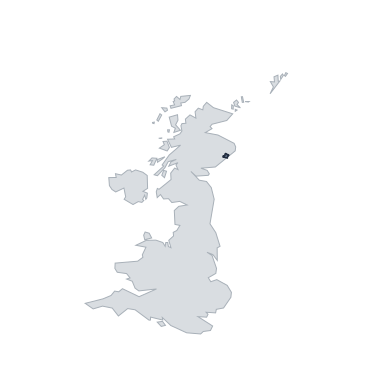 United Kingdom, with Aberdeen highlighted, rotated 26°
{"feature_id": "GBR-2012", "entity_name": "Aberdeen", "entity_type": "Unitary District (city)", "adm_level": 1, "iso_a3": "GBR", "parent_name": "United Kingdom", "parent_adm1": "", "projection": "albers", "projection_center": [-2.195, 57.162], "detail": "fine", "context": "in_parent", "style": "filled", "palette": "slate", "viewbox_px": 384, "rotation_deg": 26, "n_neighbors": 0, "source": "natural_earth", "source_scale": "10m", "svg_char_len": 4363}
<svg xmlns="http://www.w3.org/2000/svg" viewBox="0 0 384 384"><g transform="rotate(26 192 192)"><path d="M202.6,294.7L187.6,304.2L183.0,303.4L177.4,298.4L171.4,298.9L174.0,296.4L169.0,294.0L160.0,296.9L156.2,294.5L154.1,289.6L173.5,278.0L176.5,272.2L174.9,270.3L174.8,261.8L164.9,264.5L172.2,255.4L180.7,251.1L187.9,250.2L191.7,252.6L190.6,248.9L192.3,248.0L194.7,251.4L197.5,251.3L192.3,245.6L194.7,239.6L192.8,236.5L195.2,233.3L195.8,227.3L190.9,228.6L184.2,216.4L186.4,210.7L193.3,205.8L185.1,205.8L178.5,210.3L173.8,208.3L169.5,210.7L164.8,208.1L163.2,212.3L159.8,207.5L159.3,204.0L161.2,204.0L167.7,190.0L164.6,184.4L165.9,178.1L169.6,178.0L165.7,174.7L166.5,171.8L159.8,179.0L159.9,174.1L163.6,169.6L157.3,175.2L157.0,182.1L153.8,192.5L150.4,193.1L155.2,181.1L153.3,180.8L155.3,168.7L161.2,154.9L153.9,160.9L146.9,155.3L153.2,151.9L151.3,150.4L155.6,145.1L156.2,141.6L153.0,137.3L153.0,134.9L156.4,132.9L154.1,129.4L156.4,123.6L163.1,123.9L159.6,118.5L160.9,113.9L165.7,113.4L164.6,110.0L165.9,105.0L174.3,106.8L194.3,103.9L191.9,112.5L180.3,122.3L179.6,125.3L182.2,126.3L177.9,132.8L190.4,129.4L208.5,129.8L211.5,132.3L212.8,136.1L202.0,159.3L189.6,166.7L196.1,165.9L199.6,168.1L199.3,169.9L188.6,176.0L182.0,174.0L193.4,178.2L200.4,176.2L207.4,179.6L215.1,188.8L222.1,212.7L231.2,218.1L241.0,228.5L239.1,231.2L244.7,242.4L238.2,239.1L231.9,239.6L237.9,240.3L247.5,249.9L249.1,254.7L244.2,261.9L248.2,264.4L252.7,259.9L264.6,260.5L271.4,264.9L273.1,269.6L271.2,282.4L265.3,286.8L266.2,290.3L257.4,293.9L260.0,294.9L260.0,298.1L252.0,301.4L269.3,303.4L269.3,308.4L263.3,312.4L262.0,315.8L248.9,320.9L231.5,321.3L220.3,317.8L221.8,319.9L209.6,322.6L210.8,325.3L209.5,326.0L192.5,322.8L185.3,325.0L180.2,335.7L171.2,331.3L161.6,333.8L154.4,340.4L144.8,338.9L158.9,327.0L164.6,320.5L165.9,315.0L169.9,313.8L171.9,309.4L190.3,309.3L202.6,294.7ZM144.5,229.1L134.2,228.3L134.5,225.4L129.1,218.3L123.4,225.4L118.9,224.8L115.0,222.5L110.9,215.5L117.5,212.2L115.2,209.1L121.1,207.7L124.5,200.7L127.1,199.1L128.9,200.5L131.6,196.9L139.1,195.8L144.5,196.8L150.5,208.2L147.6,212.9L152.4,212.6L154.0,217.2L153.7,218.8L150.8,215.6L150.8,220.3L152.4,220.7L151.5,223.3L147.9,224.2L144.5,229.1ZM148.5,109.8L146.4,114.5L142.9,116.9L144.7,119.0L136.4,126.0L134.6,124.1L138.2,121.3L135.4,118.9L136.5,117.7L135.1,116.3L136.2,112.9L140.6,114.1L140.0,111.0L148.2,105.9L148.5,109.8ZM147.9,133.6L147.8,138.8L154.6,141.6L149.6,146.4L149.1,142.0L144.8,141.8L138.7,134.7L145.1,128.9L147.9,133.6ZM218.0,49.3L220.9,54.6L222.3,53.8L219.1,69.5L219.1,61.9L214.0,58.4L217.9,56.9L215.2,52.5L218.0,49.3ZM151.7,166.0L143.4,166.9L146.4,161.6L143.8,159.3L147.2,157.3L152.2,161.9L151.7,166.0ZM171.6,247.8L175.9,251.0L170.4,255.6L167.5,252.0L167.4,248.5L171.6,247.8ZM145.7,177.1L145.9,184.7L142.4,185.9L142.7,181.1L139.6,183.2L141.1,178.9L145.7,177.1ZM194.5,91.1L194.2,93.7L198.6,95.1L192.8,96.0L190.1,93.2L191.7,89.8L194.5,91.1ZM161.0,191.2L157.5,190.2L157.1,185.0L160.0,184.5L161.0,191.2ZM226.6,323.5L223.3,326.3L217.8,324.2L222.2,321.2L226.6,323.5ZM148.0,180.4L146.5,178.2L152.2,172.2L150.9,175.3L148.0,180.4ZM132.6,127.6L134.1,129.3L132.6,131.8L127.8,129.5L132.6,127.6ZM130.7,143.2L128.8,142.7L128.9,135.7L131.0,136.1L130.7,143.2ZM222.4,51.9L220.7,49.4L221.6,46.2L223.0,47.1L222.4,51.9ZM199.1,88.7L197.9,89.4L194.6,84.8L195.6,84.2L199.1,88.7ZM192.7,99.5L191.1,99.8L189.5,96.2L191.3,96.4L192.7,99.5ZM225.9,43.6L225.3,47.1L224.0,46.8L224.0,43.6L225.9,43.6ZM203.3,86.4L200.0,87.5L203.7,85.6L203.3,86.4ZM145.1,148.4L144.0,148.6L142.8,146.8L144.5,146.0L145.1,148.4ZM196.6,98.6L195.5,100.5L194.6,98.7L196.6,98.6ZM140.7,157.5L138.5,158.3L141.5,156.4L140.7,157.5ZM127.9,147.2L126.6,147.5L126.0,146.8L127.5,145.7L127.9,147.2Z" fill="#d9dde1" stroke="#a8b0b8" stroke-width="1"/><path d="M208.9,143.0L208.6,144.4L208.5,145.0L208.5,145.5L208.8,145.7L208.9,145.9L208.6,146.5L208.6,146.3L208.5,146.2L208.0,146.2L207.6,146.3L207.0,146.4L206.5,146.5L206.0,146.6L205.6,146.7L205.2,146.9L204.8,147.0L204.6,147.0L204.4,146.8L204.3,146.5L204.3,146.0L204.3,145.7L204.8,145.5L205.2,145.5L205.5,145.1L205.6,144.7L205.5,144.3L205.3,144.0L205.1,143.8L205.1,143.4L205.1,143.2L205.3,142.7L205.6,142.6L206.1,142.6L206.5,142.6L206.7,142.8L207.0,143.1L207.4,143.1L207.5,142.9L207.7,142.7L207.9,142.6L208.1,142.6L208.6,142.6L208.8,142.7L208.9,142.8L208.9,143.0Z" fill="#64748b" stroke="#1e293b" stroke-width="1.5"/></g></svg>